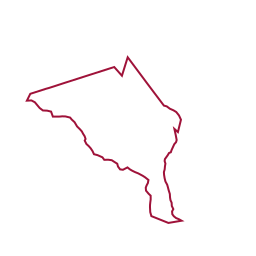 outline of Tacaimbó, Pernambuco, Brazil, rotated 127°
{"feature_id": "56859067B67838199851802", "entity_name": "Tacaimbó", "entity_type": "district", "adm_level": 2, "iso_a3": "BRA", "parent_name": "Brazil", "parent_adm1": "Pernambuco", "projection": "equal_earth", "projection_center": [-36.247, -8.34], "detail": "fine", "context": "isolated", "style": "outline", "palette": "rose", "viewbox_px": 256, "rotation_deg": 127, "n_neighbors": 0, "source": "geoboundaries", "source_scale": "gbopen_adm2", "svg_char_len": 1450}
<svg xmlns="http://www.w3.org/2000/svg" viewBox="0 0 256 256"><g transform="rotate(127 128 128)"><path d="M71.7,170.8L76.5,169.1L89.9,164.3L87.6,175.7L109.5,191.2L131.0,206.4L139.6,212.4L143.7,215.3L145.9,217.0L159.5,226.6L167.0,225.2L164.1,221.7L163.5,217.9L165.2,210.6L165.2,206.5L162.8,203.0L161.2,199.3L164.1,194.9L159.8,189.2L158.3,187.6L156.4,184.9L154.5,180.5L155.1,178.1L155.5,174.2L157.4,169.6L157.9,165.8L158.5,162.8L159.6,160.5L160.7,157.6L162.3,155.3L164.1,155.0L165.8,151.6L166.1,148.4L166.7,145.5L167.8,142.4L169.4,139.4L168.0,136.0L166.8,130.8L167.7,127.8L165.3,124.8L163.5,121.6L163.3,118.6L163.0,115.1L164.8,112.8L165.8,109.4L164.4,106.9L159.8,104.7L159.9,101.7L159.6,99.1L159.0,95.9L158.1,92.6L157.3,87.5L157.1,84.8L157.2,80.4L160.0,79.0L162.6,78.6L165.0,77.9L167.2,75.9L168.1,72.0L168.4,69.2L171.4,66.9L173.9,65.5L176.2,64.1L178.0,62.8L181.8,59.6L184.3,56.3L179.5,38.6L169.8,29.4L170.2,32.4L171.0,35.5L170.9,38.3L170.2,40.7L168.1,42.6L165.5,43.0L163.9,46.1L161.4,48.2L160.1,50.6L158.2,52.6L155.5,54.9L153.2,58.1L151.2,60.6L149.7,62.6L148.2,65.9L146.0,68.6L143.7,71.0L141.6,72.8L139.0,73.8L136.4,75.4L133.9,76.7L132.3,78.9L130.6,79.8L126.0,79.9L123.3,80.2L121.6,79.2L119.5,79.9L113.1,81.3L110.4,81.1L108.3,81.9L105.3,85.2L100.8,90.4L101.2,85.7L89.5,90.7L87.3,94.8L86.2,99.1L86.5,102.3L87.4,106.2L87.4,110.1L88.5,112.8L84.1,128.2L80.5,140.7L78.0,149.2L75.7,157.1L71.7,170.8Z" fill="none" stroke="#9f1239" stroke-width="2"/></g></svg>